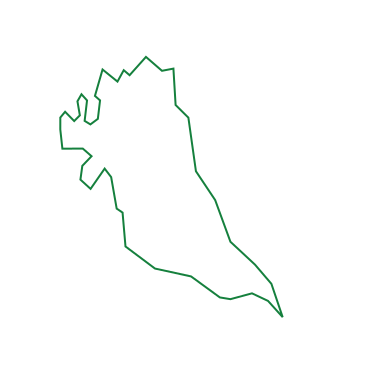 Taylak, Samarkand, Uzbekistan, rotated 39°
{"feature_id": "79887680B65824401013757", "entity_name": "Taylak", "entity_type": "district", "adm_level": 2, "iso_a3": "UZB", "parent_name": "Uzbekistan", "parent_adm1": "Samarkand", "projection": "equal_earth", "projection_center": [67.152, 39.543], "detail": "fine", "context": "isolated", "style": "outline", "palette": "green", "viewbox_px": 384, "rotation_deg": 39, "n_neighbors": 0, "source": "geoboundaries", "source_scale": "gbopen_adm2", "svg_char_len": 692}
<svg xmlns="http://www.w3.org/2000/svg" viewBox="0 0 384 384"><g transform="rotate(39 192 192)"><path d="M341.2,232.2L311.5,213.4L286.6,208.8L253.2,206.5L215.1,183.7L182.0,173.4L142.4,136.5L124.5,134.7L99.9,107.8L92.4,116.7L71.2,116.0L70.0,140.5L62.3,140.3L64.6,153.1L45.4,153.1L56.1,178.4L62.9,178.7L72.8,194.4L70.5,203.4L63.8,204.3L52.8,186.9L44.6,185.6L45.9,193.6L56.6,203.0L55.8,211.0L42.9,209.5L42.8,217.0L50.3,226.3L64.0,239.9L79.8,227.0L91.4,227.4L90.3,240.7L97.5,252.6L111.2,253.4L109.4,228.8L119.8,231.3L143.9,252.3L151.0,251.7L174.6,276.2L211.4,274.8L244.4,258.2L280.0,256.4L289.3,251.1L302.4,233.0L319.6,228.8L341.2,232.2Z" fill="none" stroke="#15803d" stroke-width="2"/></g></svg>